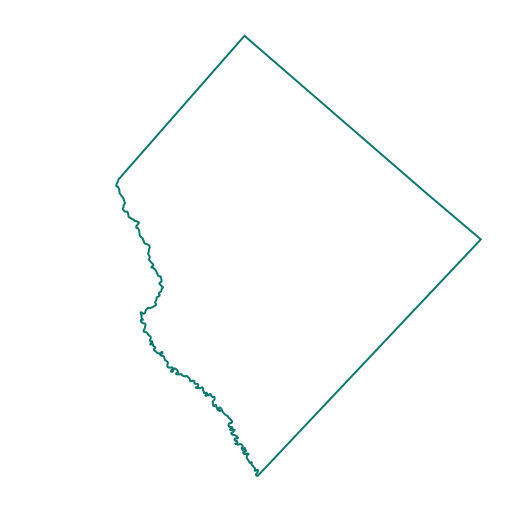 the district of Curacó, La Pampa, Argentina, rotated 42°
{"feature_id": "61730980B59721877076450", "entity_name": "Curacó", "entity_type": "district", "adm_level": 2, "iso_a3": "ARG", "parent_name": "Argentina", "parent_adm1": "La Pampa", "projection": "equal_earth", "projection_center": [-66.382, -38.255], "detail": "fine", "context": "isolated", "style": "outline", "palette": "teal", "viewbox_px": 512, "rotation_deg": 42, "n_neighbors": 0, "source": "geoboundaries", "source_scale": "gbopen_adm2", "svg_char_len": 6162}
<svg xmlns="http://www.w3.org/2000/svg" viewBox="0 0 512 512"><g transform="rotate(42 256 256)"><path d="M199.3,335.3L202.1,337.2L202.7,337.8L202.8,338.6L202.4,340.6L202.4,341.0L202.6,341.2L204.8,341.5L205.3,341.3L206.5,341.8L207.2,341.5L207.7,341.6L208.0,342.1L207.9,343.3L208.7,344.7L209.1,346.0L209.0,346.9L208.6,348.0L208.7,348.7L209.3,349.2L210.5,349.4L210.9,350.2L210.6,351.3L210.0,352.5L209.9,353.3L211.0,354.6L211.3,355.1L211.8,356.7L211.9,357.8L212.1,358.0L214.3,359.1L214.5,359.4L214.3,360.4L213.9,361.2L213.5,363.0L213.1,363.8L212.1,365.5L210.6,366.7L210.4,367.1L210.3,368.0L210.3,370.0L210.9,371.1L211.5,372.6L211.6,372.9L211.5,373.2L210.8,374.3L210.6,374.4L210.3,374.5L209.1,374.4L208.5,374.6L208.3,374.7L208.2,375.3L208.3,375.5L209.8,376.4L211.0,377.0L211.5,377.8L212.0,378.1L212.1,378.4L212.7,378.8L214.1,378.8L214.5,379.0L214.4,379.9L213.4,380.5L213.4,380.9L215.0,381.8L215.6,381.9L216.7,381.7L217.5,381.3L218.8,380.5L219.8,380.9L221.8,384.2L222.3,386.3L222.9,387.2L223.5,387.3L224.6,386.7L225.1,386.2L226.2,385.9L226.7,386.0L227.9,386.5L229.1,386.7L231.4,386.4L232.5,387.1L232.7,387.4L233.4,389.3L233.7,389.7L234.1,389.9L234.6,389.9L235.5,389.0L236.0,389.0L236.6,389.5L236.6,390.1L236.0,391.4L236.5,392.3L237.1,392.0L237.6,391.5L238.2,390.6L238.5,390.5L239.0,390.7L239.2,391.0L239.3,391.4L239.6,391.5L240.6,391.6L241.6,391.4L242.5,391.5L242.7,392.0L242.5,393.1L242.7,393.8L243.0,394.1L243.5,394.2L248.7,393.8L249.3,393.1L249.8,392.4L250.0,391.7L250.0,390.7L250.5,390.1L251.1,390.3L251.4,390.8L251.3,391.4L251.0,392.1L250.9,392.8L250.9,393.4L251.5,393.7L252.3,393.5L253.0,392.9L254.5,392.3L254.9,392.3L257.8,394.2L258.5,394.2L259.2,394.0L260.8,393.9L261.4,394.1L262.1,394.4L262.3,394.6L262.7,395.7L263.6,397.0L264.2,397.4L264.8,397.6L265.3,397.5L265.8,397.3L266.8,396.5L267.8,395.2L268.4,394.9L269.1,395.0L269.5,395.4L269.8,395.8L269.5,397.7L269.9,398.4L270.5,398.7L271.1,398.4L271.3,397.8L271.2,396.3L270.6,395.1L270.6,394.4L271.0,393.8L271.8,393.5L273.4,393.6L275.4,394.1L275.9,394.5L275.9,395.1L275.5,395.8L275.2,396.5L275.5,397.1L276.1,397.1L278.0,395.6L279.1,394.1L279.6,393.7L280.4,394.0L282.1,393.9L283.1,393.3L283.5,392.9L284.2,392.6L284.4,392.2L284.5,391.7L285.0,391.4L287.4,391.6L288.0,391.5L289.2,391.8L290.6,392.9L291.6,392.6L292.6,390.8L293.1,390.4L294.1,390.3L294.6,390.8L294.9,391.4L295.3,391.8L295.7,391.8L296.6,391.5L298.0,390.2L298.6,390.1L299.1,390.2L300.2,391.7L300.3,392.5L299.3,393.7L299.4,394.1L299.8,394.1L301.3,392.7L302.8,391.8L303.6,390.0L303.9,389.6L304.5,389.6L305.3,389.9L305.9,390.8L306.6,391.2L308.1,391.8L308.6,392.4L309.1,392.5L309.6,392.2L310.6,390.8L311.2,390.8L311.7,390.9L312.0,391.3L311.5,392.6L311.6,393.4L311.9,393.6L312.4,393.4L312.6,393.1L312.7,391.9L312.9,391.6L313.2,391.5L313.9,391.5L314.1,391.1L313.8,390.5L313.9,389.9L314.5,389.2L315.2,389.1L316.1,389.7L316.8,390.0L318.1,389.9L318.4,389.2L319.0,388.6L319.5,388.6L320.6,389.6L321.2,390.5L321.2,392.7L321.3,393.3L321.6,393.7L324.5,395.9L325.3,395.4L325.5,395.0L325.4,394.1L325.5,393.7L325.8,393.5L327.3,394.2L327.7,394.8L328.7,395.1L329.5,394.7L329.9,394.3L330.7,392.6L330.9,392.4L331.0,392.4L331.0,393.1L330.6,394.9L330.3,395.7L331.5,395.8L332.6,395.4L333.3,394.5L333.3,393.0L335.6,394.1L338.2,394.5L340.4,394.4L341.7,393.8L344.3,394.5L346.9,394.4L347.9,394.6L348.7,394.9L349.4,395.7L349.4,396.6L348.2,397.9L348.1,398.4L348.3,399.4L348.9,400.3L349.4,400.7L350.5,400.8L351.4,400.4L352.6,399.3L353.3,399.4L354.0,399.9L354.0,400.4L353.9,400.8L353.6,401.2L352.8,401.8L352.7,402.2L353.1,402.4L353.6,402.3L354.3,401.4L355.4,400.5L355.6,400.1L356.5,399.8L356.8,402.0L356.6,402.9L356.2,403.7L356.1,404.1L356.7,404.6L357.6,404.7L358.3,404.6L359.0,404.0L360.5,403.2L361.4,402.9L362.4,402.8L364.1,403.2L364.2,403.8L364.0,404.4L362.8,405.1L362.5,405.9L362.6,406.4L362.9,406.9L363.4,407.1L364.3,407.1L364.9,406.9L365.2,406.5L365.5,406.4L366.0,406.4L366.4,406.6L367.0,407.1L367.2,407.7L366.8,408.5L366.5,408.7L366.4,409.3L366.9,409.4L367.6,409.1L368.8,408.2L369.4,407.5L369.6,406.9L370.5,406.0L371.1,405.9L371.3,405.7L372.6,405.9L373.4,406.3L373.8,406.8L373.9,407.8L374.2,408.5L375.6,409.1L376.1,408.9L376.4,408.4L376.6,407.9L376.2,407.2L375.9,406.9L375.8,406.4L376.3,406.3L377.8,407.2L378.8,407.4L379.1,407.6L379.2,408.3L379.0,408.7L377.8,410.0L378.1,410.7L378.7,411.1L379.6,411.1L380.0,410.8L380.9,409.9L382.1,408.3L382.6,408.1L383.1,408.3L382.7,409.7L383.1,410.6L383.5,411.6L384.3,412.3L388.1,413.2L389.2,413.8L389.8,413.8L390.1,413.6L390.2,412.8L390.5,412.3L390.9,412.2L392.5,414.0L393.3,414.1L393.8,414.0L395.6,414.4L396.7,414.4L397.8,414.7L398.1,415.1L398.3,416.1L398.6,416.4L398.9,416.3L399.4,415.8L399.8,414.3L400.3,414.0L400.9,414.0L401.6,414.9L401.9,415.8L402.1,418.2L402.5,418.7L403.4,418.8L404.4,418.2L411.9,97.3L411.9,93.2L342.8,95.3L100.1,100.1L102.6,291.2L103.3,292.5L103.5,293.2L103.8,293.8L104.2,295.8L105.0,297.1L105.5,297.2L105.6,297.4L106.3,297.4L106.5,297.1L107.1,296.9L108.6,297.6L109.6,297.8L110.4,298.7L111.7,299.7L112.4,300.5L113.9,300.8L114.7,301.2L116.5,301.3L118.0,301.6L120.0,302.5L122.4,303.9L123.1,304.0L123.3,305.1L123.7,306.0L123.7,306.9L123.9,307.3L124.7,308.1L125.0,308.6L125.2,309.7L125.8,310.3L126.6,310.4L128.2,310.8L128.7,310.8L129.7,310.1L130.4,309.3L130.9,309.3L132.9,310.2L134.5,311.7L135.0,312.0L135.5,312.1L136.5,312.0L136.9,311.6L138.6,311.7L139.1,311.6L140.0,311.0L140.5,310.8L141.7,311.1L142.3,311.0L143.9,310.3L144.1,310.0L145.3,309.8L145.8,309.5L146.5,309.5L146.9,310.0L147.0,311.0L146.9,311.7L147.3,314.2L147.6,314.6L148.1,315.1L148.8,315.0L149.2,314.7L149.8,314.4L150.6,314.6L152.4,315.5L154.5,317.3L155.1,318.0L155.6,318.4L157.3,318.9L159.9,318.7L160.5,319.0L161.4,319.6L162.0,319.7L164.1,320.9L164.6,321.0L165.2,321.0L168.9,319.6L169.4,319.6L170.2,319.8L171.4,321.0L171.6,321.8L171.9,322.4L173.5,324.7L173.9,326.0L174.4,326.5L176.0,327.2L177.1,327.4L177.7,327.7L178.2,328.6L178.6,330.2L181.2,330.8L184.9,331.0L185.4,331.2L185.8,331.6L185.9,332.5L185.6,334.0L186.1,334.4L187.3,333.6L188.1,333.6L189.1,333.8L189.7,333.5L190.6,333.6L191.2,333.9L191.8,333.9L192.7,334.4L193.6,335.0L196.4,336.0L196.8,336.1L197.5,336.0L198.2,335.2L198.6,335.1L199.3,335.3Z" fill="none" stroke="#0f766e" stroke-width="2"/></g></svg>